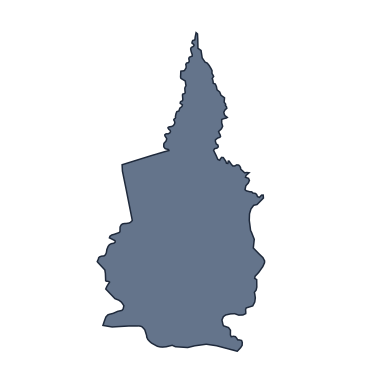 Kaga-Bandoro, Nana-Grébizi, Central African Republic (Albers equal-area conic projection), rotated 9°
{"feature_id": "33826404B9567885504809", "entity_name": "Kaga-Bandoro", "entity_type": "district", "adm_level": 2, "iso_a3": "CAF", "parent_name": "Central African Republic", "parent_adm1": "Nana-Grébizi", "projection": "albers", "projection_center": [19.16, 7.502], "detail": "fine", "context": "isolated", "style": "filled", "palette": "slate", "viewbox_px": 384, "rotation_deg": 9, "n_neighbors": 0, "source": "geoboundaries", "source_scale": "gbopen_adm2", "svg_char_len": 4838}
<svg xmlns="http://www.w3.org/2000/svg" viewBox="0 0 384 384"><g transform="rotate(9 192 192)"><path d="M171.1,34.0L170.9,38.5L171.0,40.1L170.9,41.4L169.1,42.2L168.8,42.9L168.7,43.5L168.6,44.4L168.7,45.0L169.6,45.5L170.1,45.6L170.8,46.3L171.1,46.6L170.8,47.6L170.2,48.3L169.0,49.1L168.6,49.5L168.3,50.9L168.5,51.6L169.0,52.9L169.4,53.8L170.4,55.6L170.8,56.4L170.9,57.8L170.1,58.2L169.2,58.8L168.4,59.2L168.1,59.8L168.0,61.0L168.4,61.9L168.7,62.8L168.8,63.8L167.9,65.0L167.0,65.2L166.4,65.6L165.9,66.9L166.3,68.0L166.6,69.0L166.7,70.4L166.5,70.9L165.8,72.6L165.5,73.2L164.6,73.7L162.7,74.2L162.1,74.4L162.3,76.7L162.5,78.2L162.6,79.6L162.9,80.8L163.3,81.5L164.7,82.1L165.3,82.3L166.4,82.8L167.4,83.2L168.0,83.4L168.7,85.8L169.0,86.8L169.4,87.4L169.2,88.8L168.8,89.6L168.7,90.8L169.3,93.6L169.7,94.2L169.7,95.2L169.2,95.8L168.6,96.3L167.5,96.8L167.4,97.1L167.5,98.2L168.4,101.8L168.4,103.0L167.8,103.8L167.0,104.2L166.4,105.0L166.5,106.3L167.7,106.8L168.9,107.4L168.7,109.0L168.4,109.5L167.7,110.2L167.1,110.7L166.8,111.5L166.6,112.6L166.4,114.0L166.0,114.2L164.6,114.9L164.4,115.1L163.9,117.4L163.9,118.3L163.8,119.9L164.1,120.8L164.0,121.7L162.7,123.1L162.8,123.8L163.2,124.3L163.6,124.7L164.0,125.7L164.2,126.2L164.1,127.4L163.6,128.5L163.2,129.3L162.5,129.9L161.6,130.5L161.0,130.7L159.6,131.1L158.7,131.6L158.2,132.1L158.3,132.6L159.3,133.7L159.6,133.9L160.6,134.4L161.1,135.1L161.3,135.8L160.9,137.0L159.5,138.2L157.3,138.6L156.7,139.2L156.2,139.7L156.4,140.7L157.1,141.5L158.6,143.1L158.7,143.9L158.4,145.6L158.2,146.1L157.7,146.8L157.1,147.7L156.7,148.4L156.7,149.7L157.0,151.5L157.4,152.2L158.8,153.4L160.5,153.6L161.5,153.6L162.2,153.8L162.7,154.7L162.2,154.9L161.0,155.4L160.0,155.9L157.9,156.8L157.1,157.2L146.8,162.1L118.7,176.0L120.0,182.2L126.7,200.1L137.5,229.5L135.9,231.7L134.6,232.5L133.4,232.9L131.9,233.4L130.6,233.6L128.7,234.2L127.9,234.8L127.3,235.4L126.5,237.5L126.5,238.6L126.7,239.8L126.8,240.7L127.0,241.6L127.0,242.6L126.3,243.5L125.0,244.2L123.7,244.9L121.7,246.0L119.6,246.9L117.9,248.5L117.6,250.2L121.4,251.4L122.8,251.9L123.3,252.0L123.7,252.4L123.9,253.1L123.9,253.7L123.3,254.4L122.4,255.0L121.4,255.3L120.3,255.7L119.7,256.2L118.7,257.0L118.3,257.6L117.6,259.0L117.3,260.4L116.9,262.1L116.9,262.6L116.9,263.6L116.9,265.4L116.6,266.6L116.0,268.0L115.1,268.9L112.5,269.6L112.0,269.9L110.8,270.6L110.1,271.6L110.0,273.1L109.6,274.3L109.3,275.6L110.3,276.5L118.1,282.6L119.2,286.0L120.6,293.1L121.3,293.5L122.5,293.4L124.1,293.5L124.7,293.9L124.4,294.7L123.6,296.3L122.6,298.9L122.0,301.3L132.6,309.4L136.7,310.3L139.5,311.8L141.0,313.3L142.5,315.0L142.4,316.5L142.3,318.3L141.3,319.9L137.3,321.5L133.1,324.2L129.6,325.7L128.1,326.5L126.5,328.9L125.6,333.4L124.9,337.7L134.2,337.8L150.6,334.2L156.9,333.2L160.5,332.6L162.4,332.6L163.8,333.0L165.8,334.5L167.0,335.6L169.6,340.8L170.0,342.4L171.4,344.5L173.5,346.2L175.6,347.5L177.7,348.3L181.9,349.8L184.7,350.0L187.1,349.8L190.7,348.9L196.4,346.5L199.8,347.4L212.1,346.3L218.7,343.5L229.9,340.1L240.3,340.0L261.6,342.2L264.4,338.1L265.5,335.6L265.2,332.7L264.2,330.9L261.8,330.7L260.3,330.9L258.8,329.2L257.5,328.1L255.6,328.0L253.4,328.8L252.3,327.2L251.6,322.5L249.3,320.2L244.0,319.2L243.2,317.8L241.6,313.7L242.5,310.2L244.5,308.2L249.0,306.4L253.2,305.5L257.4,306.3L261.5,305.5L264.1,303.7L263.9,302.2L263.3,299.7L263.7,298.0L269.8,295.0L271.2,290.8L271.1,286.7L270.1,283.4L269.3,281.3L270.7,278.8L270.9,275.8L269.6,268.4L267.4,267.5L267.5,265.3L269.2,262.9L270.5,260.9L273.6,254.6L274.7,250.6L274.5,248.7L272.3,245.7L268.1,242.8L261.3,237.7L260.9,229.0L257.0,222.4L255.9,220.9L253.0,211.0L252.2,204.5L252.9,199.5L255.0,195.5L258.2,194.2L263.5,186.8L262.8,183.9L261.2,184.2L259.4,186.8L257.4,186.3L256.2,184.3L254.9,183.5L253.6,183.5L252.2,183.5L251.0,182.5L249.1,182.7L245.4,182.3L244.0,181.4L244.2,177.4L246.2,174.3L246.9,171.6L245.7,169.7L242.5,169.1L242.8,167.1L244.5,165.1L245.3,164.1L243.0,164.2L241.0,164.8L239.1,163.5L236.6,161.9L236.1,160.3L235.2,159.1L233.9,158.1L231.9,158.2L230.2,159.6L228.2,159.9L226.4,158.4L223.8,155.7L223.0,155.8L222.9,158.2L221.5,158.2L220.7,156.5L217.5,153.1L215.8,153.2L214.8,155.0L214.4,156.3L212.4,155.8L210.2,152.3L206.8,147.5L207.5,145.7L209.8,144.8L210.9,143.3L210.3,141.6L208.4,140.7L207.2,138.4L207.0,136.8L208.8,134.8L211.0,133.6L211.5,132.6L210.7,130.9L209.7,129.7L208.8,128.1L211.2,125.0L212.0,122.3L210.5,119.1L210.0,115.7L212.1,114.5L214.3,113.6L215.2,112.8L212.6,111.4L211.8,110.3L210.9,108.2L211.8,105.7L213.3,103.9L212.7,102.4L211.5,101.3L211.5,100.0L209.7,98.2L209.4,93.9L205.5,91.9L203.7,88.9L200.7,87.1L199.6,84.0L198.1,81.7L196.0,81.3L195.6,79.8L195.0,78.1L194.2,76.8L194.9,75.2L195.3,74.4L194.3,73.1L193.2,71.8L192.8,69.0L191.4,67.0L189.2,64.4L186.9,62.3L184.6,61.7L181.1,58.0L178.8,50.8L175.4,49.1L173.8,40.2L172.7,35.0L171.1,34.0Z" fill="#64748b" stroke="#1e293b" stroke-width="1.5"/></g></svg>